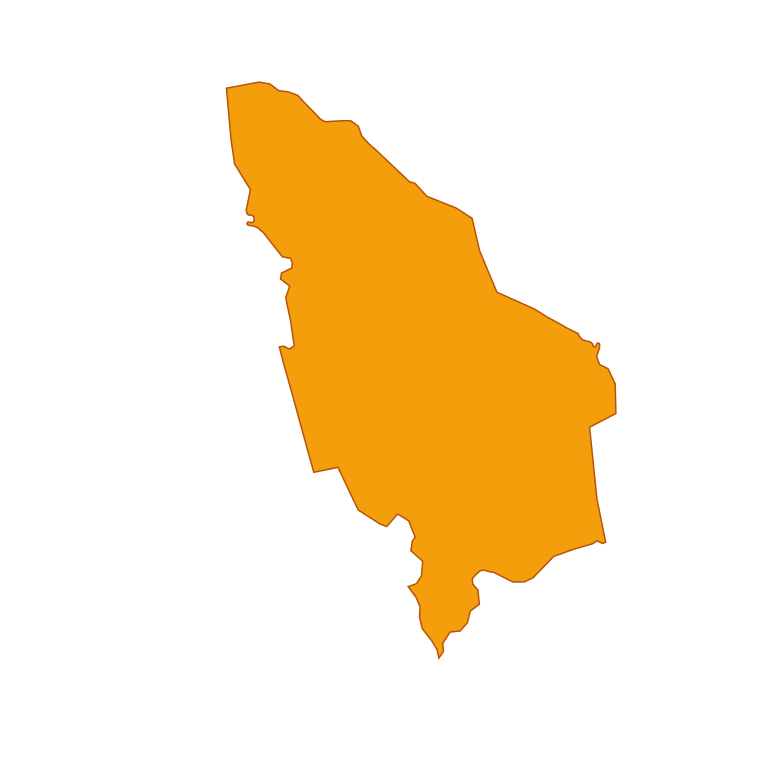 Bandiagara, Mopti, Mali (Natural Earth projection), rotated 115°
{"feature_id": "8926073B93084007572424", "entity_name": "Bandiagara", "entity_type": "district", "adm_level": 2, "iso_a3": "MLI", "parent_name": "Mali", "parent_adm1": "Mopti", "projection": "natural_earth1", "projection_center": [-3.556, 14.444], "detail": "fine", "context": "isolated", "style": "filled", "palette": "amber", "viewbox_px": 768, "rotation_deg": 115, "n_neighbors": 0, "source": "geoboundaries", "source_scale": "gbopen_adm2", "svg_char_len": 1755}
<svg xmlns="http://www.w3.org/2000/svg" viewBox="0 0 768 768"><g transform="rotate(115 384 384)"><path d="M609.2,218.4L601.2,217.1L594.2,221.2L587.7,220.2L580.9,219.3L575.7,210.6L565.0,207.5L553.3,209.8L543.3,204.5L530.9,211.9L528.0,218.9L523.2,221.7L518.2,220.3L512.5,217.9L510.2,214.1L509.8,210.5L508.3,204.1L509.0,183.6L504.1,173.2L496.6,167.0L468.5,157.3L453.6,142.3L440.5,127.3L436.1,124.6L436.1,118.5L433.8,116.2L398.4,142.3L336.3,179.4L312.7,161.4L286.2,174.5L275.5,187.4L275.3,196.8L269.2,202.9L260.1,203.9L256.4,205.7L256.2,206.9L256.9,208.0L261.1,208.3L261.5,209.3L261.0,210.8L259.4,212.0L258.7,215.0L260.1,222.4L258.5,226.8L256.3,229.2L256.0,241.3L255.0,253.1L254.4,264.3L252.5,279.1L253.1,320.4L241.4,333.3L222.6,353.9L216.9,358.3L196.6,374.2L194.0,393.1L195.8,424.4L189.0,440.7L190.0,446.3L175.0,491.2L172.8,499.0L168.7,508.8L161.2,516.3L159.5,525.2L162.3,531.7L171.1,548.0L170.9,553.1L161.8,577.2L158.8,584.3L159.7,594.1L162.6,603.4L160.3,614.3L163.2,624.8L182.5,651.8L227.5,625.7L247.7,612.4L264.3,587.2L284.9,582.3L288.0,579.5L288.0,577.7L286.9,575.6L287.2,573.0L290.0,571.0L292.8,570.9L293.9,572.8L294.6,575.8L296.7,576.0L297.6,574.1L295.9,569.2L295.9,564.3L297.7,557.5L311.6,530.0L309.6,521.3L311.3,520.2L313.1,518.2L316.3,517.2L317.8,516.5L326.7,523.8L332.6,522.2L335.1,510.9L347.3,509.5L355.2,503.7L366.5,495.2L387.4,481.5L392.3,484.5L392.1,490.9L394.5,494.6L405.3,485.8L434.3,460.9L477.5,424.2L493.7,410.3L479.0,390.5L509.1,354.1L512.6,328.3L512.0,321.2L496.1,316.7L497.6,303.7L500.8,300.5L505.6,295.4L509.4,291.1L514.4,291.9L523.7,289.2L528.3,274.0L542.2,268.9L551.4,270.3L557.4,276.5L563.8,264.8L570.7,257.1L579.9,253.5L589.5,246.0L596.5,232.3L602.2,223.8L609.2,218.4Z" fill="#f59e0b" stroke="#b45309" stroke-width="1.5"/></g></svg>